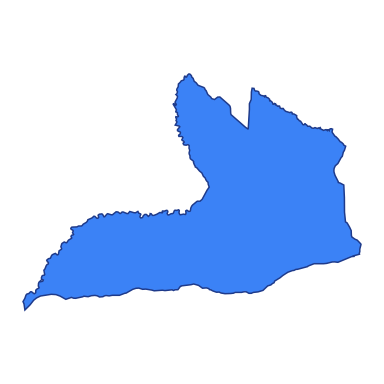 Lisala, Équateur, Democratic Republic of the Congo (orthographic projection)
{"feature_id": "63176286B55618881730154", "entity_name": "Lisala", "entity_type": "district", "adm_level": 2, "iso_a3": "COD", "parent_name": "Democratic Republic of the Congo", "parent_adm1": "Équateur", "projection": "orthographic", "projection_center": [20.812, 2.549], "detail": "fine", "context": "isolated", "style": "filled", "palette": "blue", "viewbox_px": 384, "rotation_deg": 0, "n_neighbors": 0, "source": "geoboundaries", "source_scale": "gbopen_adm2", "svg_char_len": 5969}
<svg xmlns="http://www.w3.org/2000/svg" viewBox="0 0 384 384"><path d="M359.5,254.2L359.3,253.2L359.8,251.7L359.8,249.1L361.0,244.5L360.8,243.9L357.2,240.1L355.0,239.2L351.9,237.0L351.4,235.5L351.2,230.6L349.6,227.2L347.1,222.9L345.5,221.9L344.5,212.1L344.4,197.6L343.8,185.0L340.2,183.1L338.3,182.5L338.3,181.8L335.0,175.3L334.0,172.0L333.9,170.1L334.2,168.2L335.3,165.8L337.9,163.5L341.1,157.6L342.3,156.3L343.3,152.2L344.4,150.4L345.7,146.2L343.9,145.2L343.2,143.9L341.5,142.3L340.3,141.8L338.0,138.8L335.8,136.6L335.0,136.3L332.3,132.5L332.1,131.7L332.6,129.2L331.4,128.7L330.3,128.8L329.5,129.4L329.2,130.7L328.2,129.7L327.3,129.8L327.2,130.5L326.0,129.6L323.3,130.4L322.7,129.8L321.1,129.3L320.2,127.5L319.8,127.7L319.3,128.5L318.4,127.9L317.3,128.5L315.0,127.6L313.4,128.3L311.9,128.0L309.8,126.2L307.7,126.3L306.5,124.8L305.8,124.6L305.3,123.8L304.8,123.8L304.3,124.6L303.7,124.8L302.9,124.6L300.5,121.1L299.5,120.9L298.1,119.2L297.5,119.2L296.6,117.0L296.7,115.6L294.0,114.0L292.3,113.9L292.0,112.5L291.1,112.1L289.8,112.6L285.6,111.3L283.9,109.6L283.3,108.5L282.7,108.4L282.1,108.7L280.2,108.1L279.6,106.2L279.0,105.9L278.7,106.3L277.5,106.2L276.5,105.0L275.6,104.9L275.5,103.8L274.9,104.0L274.4,103.5L273.6,104.2L273.0,104.2L272.3,102.3L270.5,100.7L269.7,100.8L269.6,99.3L268.0,97.8L266.2,97.2L265.6,95.7L265.0,95.7L264.5,96.7L263.9,96.0L260.8,95.3L259.0,93.7L259.0,92.7L258.5,91.6L256.6,91.0L255.6,91.1L254.7,90.5L254.0,88.4L252.1,88.2L251.4,92.0L251.2,99.5L249.4,103.7L249.4,109.4L248.3,127.8L248.2,128.8L247.8,128.9L245.6,127.4L231.1,114.7L230.7,113.4L230.5,108.2L230.0,106.2L228.9,104.9L219.9,97.0L217.7,97.1L214.5,99.5L211.7,98.6L210.7,97.0L207.8,94.5L206.1,90.6L205.1,89.6L204.6,88.2L203.8,87.5L198.1,85.3L196.2,82.8L194.2,81.3L193.1,78.3L191.7,77.0L191.6,76.1L190.6,74.7L189.7,74.0L188.7,74.0L187.3,75.4L186.7,76.9L186.0,77.2L185.0,76.1L184.6,76.2L184.1,77.7L184.0,79.6L183.5,80.1L181.3,80.8L180.1,82.4L178.4,84.0L178.2,86.7L176.9,89.0L176.7,90.1L177.5,91.8L176.8,93.9L175.9,94.5L177.5,96.2L177.3,97.9L175.0,102.2L176.3,104.4L175.8,105.3L175.3,105.3L174.1,103.8L173.5,103.7L173.2,104.2L176.4,109.7L175.8,111.6L175.9,112.0L177.0,112.3L177.5,112.9L177.3,113.8L177.6,114.9L178.4,116.0L178.3,116.5L177.6,116.9L175.9,116.7L175.8,117.7L176.6,118.9L176.0,120.7L176.8,121.5L176.8,122.4L175.2,125.1L179.2,126.1L179.8,126.8L177.5,129.6L177.5,130.7L178.8,131.5L179.9,131.7L180.5,132.8L180.1,134.0L178.8,135.0L178.6,135.6L178.9,136.4L181.6,136.5L182.5,136.9L182.9,137.7L181.8,139.8L182.3,140.5L183.5,141.0L184.2,142.1L183.2,143.1L183.1,143.7L184.0,144.9L186.2,145.2L187.4,144.7L188.5,144.9L189.2,145.7L189.0,148.2L189.7,150.2L189.1,152.9L189.2,154.0L190.0,155.8L190.0,157.6L190.4,158.8L193.1,160.9L193.7,161.8L193.5,162.5L194.4,164.9L195.1,166.0L195.2,166.9L196.8,167.8L199.5,171.0L201.9,173.0L203.4,176.3L205.2,178.0L205.9,179.8L207.0,181.4L208.0,182.2L208.2,184.3L209.2,187.1L207.1,190.1L202.1,199.4L200.0,201.2L197.3,201.2L196.7,201.6L192.8,204.8L191.7,206.1L190.8,208.1L190.4,210.7L189.9,211.3L188.7,211.4L186.9,210.2L186.0,210.6L185.7,211.0L186.0,212.6L185.8,214.0L185.3,214.5L183.6,214.1L180.2,214.8L179.4,213.9L179.0,212.6L179.3,210.5L178.7,209.8L176.6,210.4L175.0,210.2L174.4,210.6L173.3,213.2L172.6,213.6L171.1,213.7L168.7,215.0L167.8,214.8L167.1,213.5L167.8,212.0L167.8,211.2L166.9,210.3L165.9,210.5L164.5,211.1L162.5,211.0L162.2,211.4L162.6,212.4L162.2,212.8L159.8,212.5L156.9,214.2L153.9,215.4L152.5,215.4L151.1,213.7L150.2,213.6L150.3,214.2L149.5,215.4L148.3,216.4L146.8,214.8L146.2,214.4L144.9,214.4L143.4,215.6L142.5,217.5L140.9,218.0L140.2,217.4L139.9,216.5L140.8,214.4L140.6,213.9L138.9,213.3L137.9,211.4L135.5,212.8L134.0,212.7L129.8,211.5L128.0,213.6L126.8,213.5L123.2,212.0L122.1,212.0L120.6,213.4L120.0,213.5L118.0,212.0L116.1,211.8L112.5,214.7L111.4,214.8L107.7,213.7L106.8,214.2L104.7,216.7L104.0,216.8L102.6,214.4L101.9,213.9L99.3,214.2L98.1,215.2L98.7,217.3L97.8,218.3L96.7,218.2L94.9,216.4L93.9,216.2L91.9,218.0L87.9,219.7L87.3,221.3L86.3,222.4L83.3,224.1L82.0,225.7L81.3,226.0L78.6,226.0L76.9,226.9L71.9,227.1L71.1,227.8L70.8,228.6L71.1,229.2L73.0,230.4L73.2,231.2L72.5,232.7L73.6,234.3L73.1,234.9L71.8,235.2L71.3,235.7L71.0,236.7L71.7,237.8L71.6,238.3L68.5,240.1L66.8,242.6L66.2,242.8L64.2,242.0L62.2,243.3L61.7,243.9L60.9,246.8L61.6,248.5L61.5,249.2L59.1,250.8L58.4,254.2L57.8,254.8L57.1,254.9L55.4,253.4L53.8,254.0L52.2,254.8L51.5,255.7L50.4,258.2L48.4,258.7L46.7,260.2L47.4,261.8L48.3,262.3L48.4,263.3L48.2,264.0L47.0,264.6L46.3,265.5L44.9,269.0L43.9,270.2L44.7,274.6L44.3,275.2L43.1,275.3L42.0,276.0L41.4,277.8L41.5,278.8L42.0,279.3L43.3,280.0L43.0,280.8L42.6,281.3L40.8,281.7L40.9,280.4L39.0,282.2L38.5,283.5L38.3,286.0L39.0,287.4L38.9,288.0L36.9,289.1L35.8,290.2L35.7,292.7L34.5,293.7L33.9,293.6L31.6,291.8L30.5,291.8L28.9,293.5L26.8,294.1L26.0,295.1L24.8,298.5L23.0,301.6L24.0,303.9L24.9,310.0L30.1,304.8L33.7,300.2L36.6,297.9L40.5,296.0L51.3,294.3L56.0,294.6L60.1,296.1L65.8,299.3L71.4,297.4L73.6,298.2L75.6,298.3L82.7,296.8L83.9,296.2L88.1,296.7L91.4,295.7L94.9,295.4L97.3,295.8L99.5,297.0L102.9,296.7L104.6,295.8L106.1,295.5L109.1,295.9L112.3,295.3L119.5,295.3L124.7,293.3L126.1,293.1L132.8,289.3L136.0,288.3L138.8,288.1L142.6,289.3L145.8,289.1L151.9,290.1L154.2,290.8L162.5,290.2L164.9,290.6L172.1,289.8L173.5,290.5L175.0,289.8L177.9,289.7L180.3,286.5L181.0,286.3L181.2,285.9L191.0,284.7L193.7,284.0L198.6,285.4L202.5,288.2L206.4,287.9L208.8,288.6L209.4,289.6L211.0,289.9L212.5,290.8L216.4,292.2L219.2,292.1L221.0,293.0L225.0,293.7L230.7,293.5L233.4,293.2L235.2,292.4L241.4,292.4L244.1,291.8L246.2,291.8L248.9,293.3L251.3,293.3L253.4,292.4L258.0,291.9L263.0,290.4L267.7,285.9L270.9,284.9L272.5,283.5L274.1,282.7L274.6,281.1L280.0,277.8L282.8,275.5L287.7,272.3L292.3,270.6L294.0,270.4L295.9,269.4L297.5,269.3L307.6,266.6L308.2,266.0L314.1,263.7L323.7,263.7L326.6,263.4L332.1,262.0L334.6,261.9L337.9,262.3L351.6,256.6L354.1,256.4L354.2,256.2L353.7,255.8L359.5,254.2Z" fill="#3b82f6" stroke="#1e3a8a" stroke-width="1.5"/></svg>